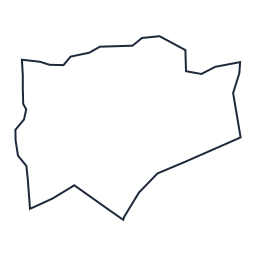 Illéla, Tahoua, Niger (Natural Earth projection)
{"feature_id": "23599985B93785804329420", "entity_name": "Illéla", "entity_type": "district", "adm_level": 2, "iso_a3": "NER", "parent_name": "Niger", "parent_adm1": "Tahoua", "projection": "natural_earth1", "projection_center": [5.19, 14.297], "detail": "fine", "context": "isolated", "style": "outline", "palette": "slate", "viewbox_px": 256, "rotation_deg": 0, "n_neighbors": 0, "source": "geoboundaries", "source_scale": "gbopen_adm2", "svg_char_len": 543}
<svg xmlns="http://www.w3.org/2000/svg" viewBox="0 0 256 256"><path d="M30.0,208.8L52.6,198.5L74.3,185.3L108.4,209.5L123.2,219.8L124.3,216.6L138.9,192.6L157.5,173.4L184.4,162.1L240.6,137.4L233.1,93.0L239.3,73.4L240.1,62.1L215.3,66.8L201.3,74.0L186.0,71.2L185.4,50.1L159.5,36.2L141.9,38.0L132.5,45.7L99.9,46.7L89.3,52.7L70.6,56.6L63.5,65.1L49.6,64.8L40.1,61.8L21.9,59.7L22.8,75.1L22.8,89.1L23.2,103.9L26.2,109.4L24.0,119.5L15.4,129.8L15.6,140.6L18.0,155.7L26.4,166.0L27.8,179.5L30.0,208.8Z" fill="none" stroke="#1e293b" stroke-width="2"/></svg>